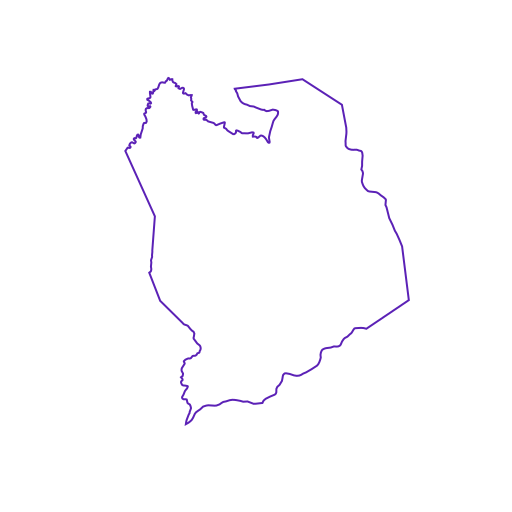 San Antonio de Cortes, Cortés, Honduras, rotated 200°
{"feature_id": "27666195B17830621331766", "entity_name": "San Antonio de Cortes", "entity_type": "district", "adm_level": 2, "iso_a3": "HND", "parent_name": "Honduras", "parent_adm1": "Cortés", "projection": "robinson", "projection_center": [-87.991, 15.14], "detail": "fine", "context": "isolated", "style": "outline", "palette": "violet", "viewbox_px": 512, "rotation_deg": 200, "n_neighbors": 0, "source": "geoboundaries", "source_scale": "gbopen_adm2", "svg_char_len": 6123}
<svg xmlns="http://www.w3.org/2000/svg" viewBox="0 0 512 512"><g transform="rotate(200 256 256)"><path d="M264.4,74.0L262.4,76.3L261.1,78.4L260.3,80.1L259.8,82.6L259.5,86.7L258.9,88.6L257.6,90.6L256.0,92.8L254.2,96.4L251.6,98.4L249.8,99.4L243.7,101.2L242.1,101.9L239.5,104.1L238.0,106.3L236.8,107.7L234.5,109.1L231.4,111.5L229.2,112.7L227.5,113.3L224.9,113.9L221.2,114.5L218.2,114.7L214.2,116.4L207.7,116.3L205.5,117.2L199.7,120.1L199.5,122.3L199.0,123.5L198.0,125.2L194.7,128.7L191.0,132.1L190.3,133.4L190.3,134.9L191.4,138.1L191.2,140.4L189.8,143.0L188.9,147.5L189.3,150.1L189.7,152.2L189.8,153.5L189.2,155.0L188.6,155.7L187.5,156.1L183.9,156.7L179.5,156.8L176.8,157.3L174.5,158.4L173.0,159.7L171.4,161.7L169.2,163.7L165.1,168.6L161.2,173.8L160.5,175.6L160.2,177.9L160.2,180.4L160.4,182.7L161.6,185.2L162.0,187.5L161.9,189.7L161.5,190.8L160.0,192.4L158.6,193.4L154.5,195.5L151.8,197.7L149.4,198.4L147.9,199.1L146.7,200.2L146.1,201.6L145.9,205.1L145.2,207.9L144.5,209.3L142.5,211.5L141.0,214.6L140.2,215.8L139.8,216.9L139.2,220.1L138.7,221.6L137.6,222.3L132.7,224.4L130.2,225.1L127.4,225.4L97.3,266.8L122.0,315.0L126.9,320.4L131.4,325.0L134.1,327.2L138.5,332.1L143.7,337.1L150.0,346.4L151.8,348.2L153.1,353.1L153.6,353.7L156.1,354.8L159.5,355.7L162.2,356.7L163.9,357.0L165.1,357.0L171.5,355.4L173.0,355.3L174.5,355.9L176.9,357.0L178.7,358.3L180.0,359.6L181.8,361.8L182.4,363.2L183.6,369.8L183.9,370.6L185.0,372.2L186.6,373.3L187.1,376.9L188.6,381.1L190.1,386.7L191.4,389.2L192.3,390.2L193.2,390.6L195.6,390.3L196.7,390.4L198.1,390.2L201.1,389.0L202.8,388.5L205.2,388.3L206.8,388.6L209.0,389.8L209.6,390.6L210.4,392.7L211.2,394.6L212.9,401.8L213.5,403.7L215.1,407.5L227.0,427.5L272.8,438.0L302.5,421.6L333.2,405.9L333.0,405.6L331.6,404.8L331.3,404.5L331.2,404.0L329.3,402.5L327.4,399.8L323.4,396.2L321.3,395.3L319.8,395.0L318.3,394.9L316.2,395.1L313.0,394.8L309.2,395.7L307.0,395.5L301.2,395.4L299.4,395.7L298.2,396.2L297.1,395.8L295.8,395.7L294.8,396.1L293.5,396.8L290.3,399.3L287.5,399.8L285.8,399.7L284.8,399.4L284.2,398.0L283.9,396.3L284.3,394.1L285.4,390.7L285.8,388.8L285.7,386.7L285.4,382.6L285.3,378.2L284.5,372.4L284.3,371.6L282.2,367.9L282.1,367.2L282.5,366.8L283.0,366.8L283.7,367.0L286.4,369.2L288.4,370.4L290.1,371.0L291.4,371.1L292.3,371.0L293.0,370.6L294.5,368.0L295.1,367.4L295.7,367.4L296.2,368.0L296.9,368.0L297.9,367.9L299.8,367.1L300.1,367.7L300.3,368.6L300.2,369.9L300.2,370.7L300.5,371.1L301.2,371.1L302.1,370.8L305.5,368.5L310.8,366.7L311.5,366.6L313.0,367.2L315.8,367.5L317.2,367.4L317.6,367.0L317.1,365.2L317.3,364.3L318.1,363.1L319.2,362.7L324.7,363.9L326.0,364.3L327.5,365.3L330.0,365.7L330.3,366.4L330.8,370.2L331.0,370.8L331.3,370.9L331.9,370.6L334.8,368.3L337.6,365.7L338.2,365.3L338.9,365.4L340.6,366.3L341.5,366.5L347.0,366.1L349.2,367.0L350.9,366.4L351.7,366.3L352.2,366.8L352.2,367.6L350.5,369.1L350.3,369.6L350.3,370.0L350.8,370.5L353.2,370.9L354.5,372.4L356.1,372.5L357.7,372.4L358.2,371.9L358.3,371.2L358.3,370.6L358.5,370.3L359.2,370.5L359.7,371.3L360.2,371.5L360.5,371.2L360.8,370.1L361.3,369.7L361.7,369.9L362.0,370.6L361.4,372.2L361.4,372.9L361.7,373.4L362.3,373.4L364.4,372.0L365.1,372.0L367.3,375.2L368.5,377.4L368.6,377.8L368.4,378.4L368.4,379.0L370.2,380.0L370.6,381.6L371.5,382.9L371.3,384.7L371.4,385.2L372.4,384.9L374.3,383.9L376.1,384.1L377.9,384.9L379.3,383.9L379.9,383.9L380.3,384.1L380.5,384.5L380.7,387.9L381.0,388.7L381.4,389.0L382.1,389.1L382.9,388.8L384.5,387.0L386.2,387.1L386.4,387.5L386.3,388.6L386.4,389.0L387.3,389.1L388.8,388.1L389.5,388.1L389.6,388.3L389.5,389.7L389.6,390.3L391.0,390.9L392.8,390.9L393.5,391.1L394.8,392.5L394.9,393.1L395.1,393.5L396.2,393.1L396.9,392.3L397.3,392.1L398.6,393.3L399.3,393.3L399.6,392.3L399.7,390.5L400.0,389.8L400.5,389.4L400.7,387.8L401.3,387.5L403.6,387.1L404.8,386.3L405.3,385.6L405.6,384.2L405.5,380.9L405.7,379.6L406.0,379.1L407.6,378.1L407.8,376.8L408.0,376.3L408.4,376.2L408.6,377.0L408.8,377.2L409.1,377.1L408.5,374.1L408.6,373.3L408.9,373.1L409.4,373.1L411.0,374.3L411.8,374.0L411.4,372.8L409.6,369.4L409.5,368.8L409.9,368.0L411.7,366.8L411.9,366.5L411.8,366.0L411.5,365.6L409.9,365.4L407.7,364.6L407.2,364.2L406.9,363.7L407.2,363.1L409.0,362.7L409.4,362.4L409.4,360.7L409.2,360.1L408.7,359.8L406.7,360.5L406.3,360.1L406.5,359.3L406.9,358.5L409.1,357.6L409.7,356.8L409.8,356.2L409.6,355.4L409.1,354.4L408.5,353.7L408.4,353.2L408.5,352.8L409.6,351.7L409.7,351.4L409.3,350.6L407.8,349.4L405.7,347.0L404.8,345.2L404.8,344.3L405.0,343.4L406.6,342.8L406.8,342.3L406.9,341.4L406.8,339.3L406.1,337.1L405.9,330.8L405.2,327.7L405.6,327.4L406.3,327.5L407.0,328.1L407.5,329.1L408.0,329.6L408.4,329.8L408.9,329.4L409.1,328.3L408.9,326.4L409.0,325.8L409.3,325.4L410.0,325.4L410.5,325.2L410.8,324.8L410.9,324.3L410.7,323.8L410.2,323.4L408.2,322.4L408.0,321.9L408.1,321.3L408.4,320.6L408.8,320.2L409.6,320.2L411.2,320.5L411.9,320.2L412.4,319.5L412.9,318.3L412.9,316.7L411.3,315.8L411.1,315.1L411.3,314.6L411.8,314.3L412.5,314.1L413.2,314.2L413.7,313.8L414.7,310.0L364.6,258.7L355.3,225.6L354.8,224.4L354.0,221.2L353.3,219.6L353.2,216.1L352.1,214.0L351.1,210.1L349.9,207.9L349.6,206.5L349.6,205.5L350.6,203.8L330.7,181.1L302.1,168.0L301.0,167.4L300.0,167.1L297.5,167.2L296.2,167.1L292.8,165.0L290.5,163.9L288.8,163.5L287.4,162.0L286.8,158.9L286.7,157.8L286.3,157.0L281.3,153.7L278.5,152.8L277.7,152.3L276.9,151.3L276.4,150.3L276.2,149.5L276.2,148.3L276.4,147.5L276.2,146.2L276.3,145.7L277.8,144.5L278.0,143.0L278.7,141.8L279.2,141.4L280.7,140.8L281.4,140.3L282.3,137.7L283.2,137.0L284.6,136.6L285.4,135.9L286.9,134.4L287.8,132.5L287.7,132.1L286.5,131.0L286.2,130.4L287.3,125.4L287.3,124.7L287.0,123.4L286.5,122.5L284.4,120.6L284.2,120.1L283.9,118.2L285.0,116.4L283.1,115.3L282.7,114.7L282.6,114.1L283.3,112.9L283.4,112.5L283.3,111.8L282.9,111.1L281.6,109.8L280.9,109.5L280.0,109.5L278.2,110.0L276.2,110.3L275.7,110.3L275.4,109.9L275.5,107.9L276.1,106.4L276.6,104.7L276.7,101.0L277.2,98.3L277.0,97.5L276.2,96.8L275.1,96.6L272.8,97.4L272.0,97.4L270.2,94.6L269.5,94.2L267.4,93.8L266.2,92.6L265.2,91.1L265.0,90.6L265.0,86.7L264.7,85.7L265.0,84.0L265.1,78.3L264.9,76.4L264.4,74.0Z" fill="none" stroke="#5b21b6" stroke-width="2"/></g></svg>